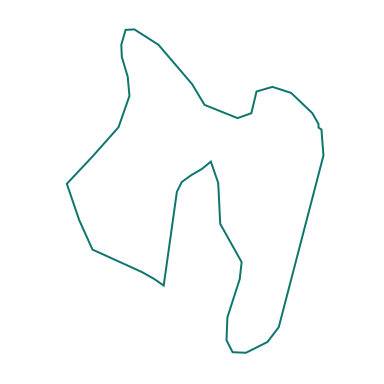 an SVG outline of Medway, rotated 98°
{"feature_id": "GBR-2678", "entity_name": "Medway", "entity_type": "Unitary Authority", "adm_level": 1, "iso_a3": "GBR", "parent_name": "United Kingdom", "parent_adm1": "", "projection": "equal_earth", "projection_center": [0.566, 51.402], "detail": "fine", "context": "isolated", "style": "outline", "palette": "teal", "viewbox_px": 384, "rotation_deg": 98, "n_neighbors": 0, "source": "natural_earth", "source_scale": "10m", "svg_char_len": 662}
<svg xmlns="http://www.w3.org/2000/svg" viewBox="0 0 384 384"><g transform="rotate(98 192 192)"><path d="M112.1,72.5L137.6,66.9L313.8,87.3L330.0,96.4L343.7,116.2L345.0,129.5L334.0,137.2L311.2,139.5L271.6,132.6L254.5,133.1L219.7,159.6L179.4,167.3L159.3,177.6L167.8,185.4L175.4,195.1L183.5,203.5L193.9,207.0L288.6,207.0L283.4,217.3L278.2,230.6L262.9,282.5L235.5,299.8L201.3,317.1L170.6,295.4L138.1,273.8L105.6,267.3L86.8,271.7L68.0,280.3L56.0,282.5L40.7,280.3L39.0,271.7L50.9,245.7L85.2,206.9L104.0,191.7L112.5,157.2L105.7,144.2L83.5,142.1L76.7,127.0L80.1,107.6L97.2,83.8L107.1,76.2L110.6,75.7L112.1,72.5Z" fill="none" stroke="#0f766e" stroke-width="2"/></g></svg>